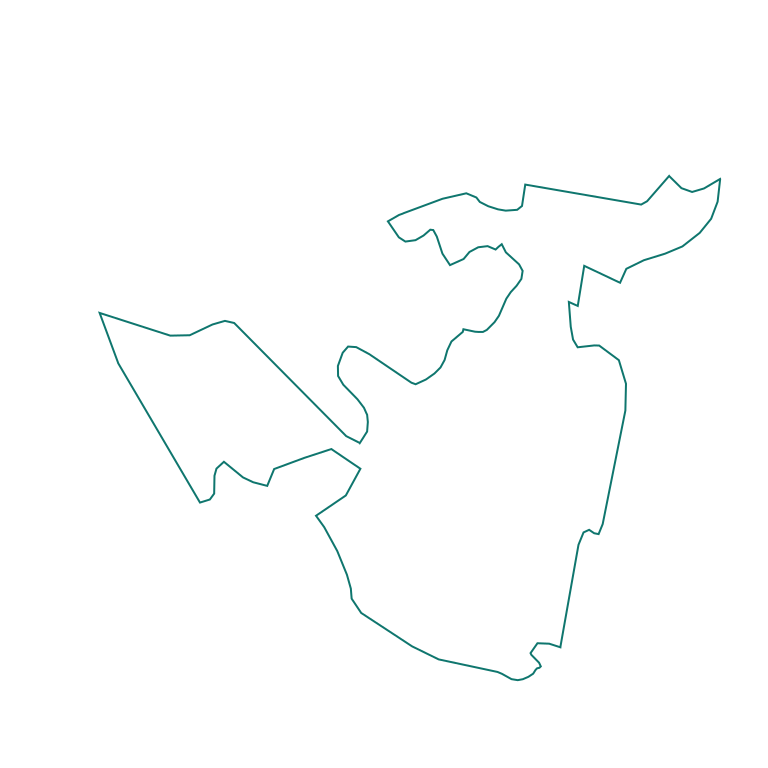 Maguindanao, orthographic projection, rotated 281°
{"feature_id": "PHL-2576", "entity_name": "Maguindanao", "entity_type": "Province", "adm_level": 1, "iso_a3": "PHL", "parent_name": "Philippines", "parent_adm1": "", "projection": "orthographic", "projection_center": [124.466, 7.153], "detail": "fine", "context": "isolated", "style": "outline", "palette": "teal", "viewbox_px": 768, "rotation_deg": 281, "n_neighbors": 0, "source": "natural_earth", "source_scale": "10m", "svg_char_len": 2049}
<svg xmlns="http://www.w3.org/2000/svg" viewBox="0 0 768 768"><g transform="rotate(281 384 384)"><path d="M261.7,288.8L262.6,274.3L265.4,263.4L277.1,241.7L269.0,235.7L261.6,235.1L244.0,238.2L237.4,235.1L232.5,226.0L232.6,225.9L353.7,119.1L353.8,119.1L399.5,91.3L390.7,165.0L394.8,184.0L409.7,204.3L415.6,215.8L415.3,225.3L325.6,356.9L321.5,371.4L321.4,371.5L329.2,374.6L329.3,374.6L334.1,376.5L343.6,375.4L350.6,373.3L352.2,372.1L356.8,368.9L364.0,360.8L375.5,344.2L383.1,337.4L392.9,335.3L406.8,337.5L413.9,341.6L414.9,349.7L410.5,363.8L390.5,410.7L389.8,415.1L396.4,424.3L403.9,431.5L411.0,436.3L419.1,438.9L429.2,439.7L438.6,442.1L450.2,451.4L452.9,451.5L452.7,463.4L453.2,467.3L454.0,471.2L456.7,474.6L465.8,480.7L472.9,483.8L491.1,487.8L498.4,490.9L505.7,495.4L513.4,498.8L521.5,498.5L521.6,498.4L527.2,493.8L536.5,478.5L543.7,472.9L540.5,470.2L537.3,467.9L539.1,459.4L536.2,450.4L529.9,442.7L521.9,438.3L513.3,426.1L523.1,416.5L538.8,407.7L544.5,403.0L544.3,400.0L537.3,394.5L531.2,387.5L527.9,377.8L530.8,370.6L544.4,356.8L552.8,366.5L554.7,369.7L555.5,370.8L577.0,406.1L586.9,428.4L584.7,439.1L581.0,443.3L578.4,452.4L577.2,462.6L577.4,470.4L580.4,481.5L585.1,485.5L606.7,484.6L609.2,602.2L613.6,607.4L642.6,624.2L642.5,624.3L633.0,638.6L631.3,649.8L637.0,660.8L649.4,674.8L649.2,674.9L626.6,676.7L608.6,673.6L592.6,665.1L576.0,650.7L565.6,635.1L555.1,615.5L543.3,599.9L528.4,596.4L538.2,558.0L497.6,559.3L499.8,549.8L475.8,556.4L463.7,561.1L457.0,567.1L462.0,583.1L462.8,587.9L452.2,610.0L430.4,621.5L404.0,626.0L288.2,625.4L277.6,623.3L277.6,618.8L280.0,613.2L276.4,608.2L263.3,605.6L160.4,607.3L159.2,607.4L160.6,595.7L158.8,584.1L147.8,579.2L146.2,580.4L140.0,589.4L136.7,591.8L135.1,590.7L134.1,588.5L132.2,587.3L128.1,585.7L124.1,581.6L120.7,576.6L118.8,571.8L118.6,565.5L122.0,555.1L123.0,550.4L124.1,490.2L131.8,461.7L154.9,405.3L167.1,393.2L176.8,390.5L189.7,384.0L211.1,370.0L232.1,352.6L241.7,342.4L267.3,367.8L296.3,377.0L310.1,344.7L296.4,320.1L279.6,292.4L261.7,288.8Z" fill="none" stroke="#0f766e" stroke-width="2"/></g></svg>